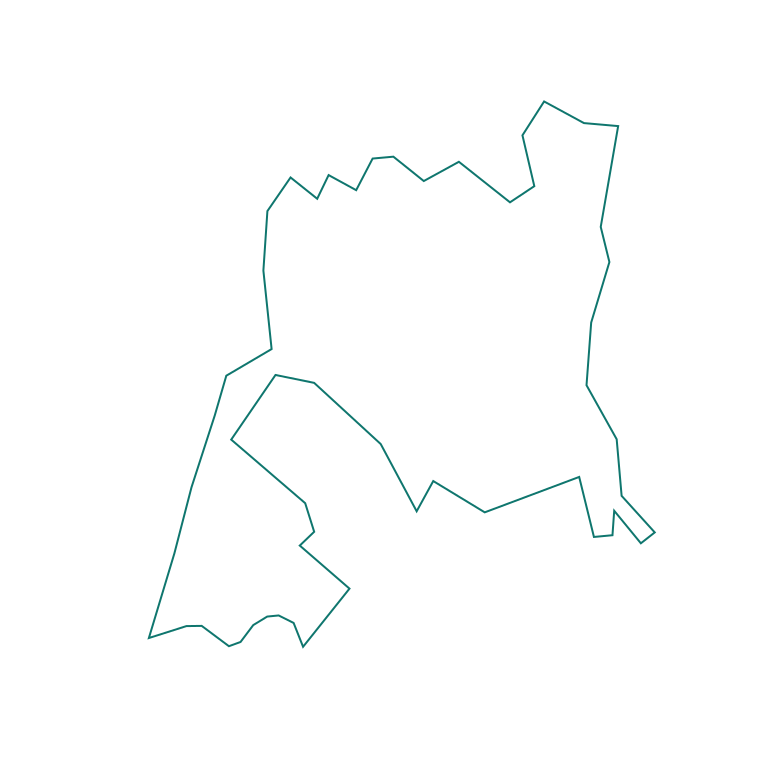 Djalalkuduk, Andijon, Uzbekistan, rotated 76°
{"feature_id": "79887680B24137157284199", "entity_name": "Djalalkuduk", "entity_type": "district", "adm_level": 2, "iso_a3": "UZB", "parent_name": "Uzbekistan", "parent_adm1": "Andijon", "projection": "albers", "projection_center": [72.656, 40.749], "detail": "fine", "context": "isolated", "style": "outline", "palette": "teal", "viewbox_px": 768, "rotation_deg": 76, "n_neighbors": 0, "source": "geoboundaries", "source_scale": "gbopen_adm2", "svg_char_len": 824}
<svg xmlns="http://www.w3.org/2000/svg" viewBox="0 0 768 768"><g transform="rotate(76 384 384)"><path d="M167.9,387.2L188.1,404.0L161.0,424.7L188.0,455.3L244.8,473.6L322.9,484.6L337.8,535.0L373.7,555.9L437.7,595.8L497.7,628.4L573.6,673.6L571.1,634.3L574.6,619.4L600.9,597.9L599.6,585.6L586.3,569.2L581.4,553.6L583.1,542.2L594.0,529.5L619.4,526.1L574.2,467.0L520.4,504.8L510.5,487.5L480.6,489.3L401.0,545.7L349.0,487.1L366.0,451.5L441.5,401.7L515.4,383.1L490.1,359.7L532.9,317.3L521.4,217.1L583.2,217.3L586.0,198.9L562.7,191.3L600.7,173.3L593.5,157.2L550.0,180.5L493.9,171.6L434.2,187.8L374.5,168.1L320.2,135.8L284.0,135.7L190.4,94.4L179.2,126.9L148.6,160.3L176.2,189.5L228.4,190.3L238.2,217.8L186.5,257.6L196.7,296.3L165.7,319.9L162.5,340.5L189.2,364.1L167.9,387.2Z" fill="none" stroke="#0f766e" stroke-width="2"/></g></svg>